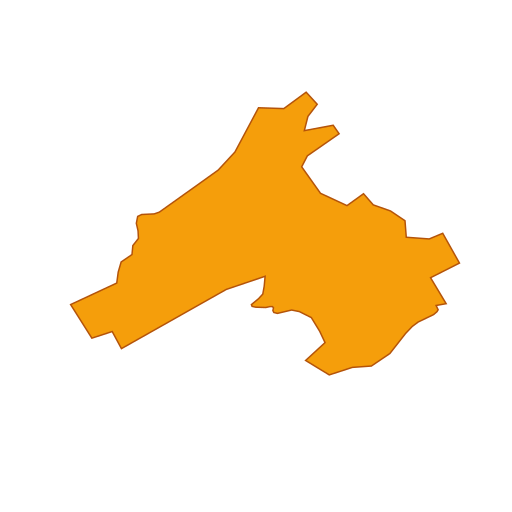 the Municipality of Vecumnieku, rotated 162°
{"feature_id": "LVA-5735", "entity_name": "Vecumnieku", "entity_type": "Municipality", "adm_level": 1, "iso_a3": "LVA", "parent_name": "Latvia", "parent_adm1": "", "projection": "robinson", "projection_center": [24.617, 56.512], "detail": "fine", "context": "isolated", "style": "filled", "palette": "amber", "viewbox_px": 512, "rotation_deg": 162, "n_neighbors": 0, "source": "natural_earth", "source_scale": "10m", "svg_char_len": 1053}
<svg xmlns="http://www.w3.org/2000/svg" viewBox="0 0 512 512"><g transform="rotate(162 256 256)"><path d="M369.9,304.0L362.4,309.0L360.4,316.4L359.7,324.1L356.3,330.2L351.9,330.8L339.8,327.5L334.4,327.6L285.2,343.1L265.4,349.4L243.9,361.4L207.8,396.2L184.0,387.6L157.7,396.3L150.9,381.4L163.5,372.7L171.3,360.3L142.2,356.5L139.2,346.6L176.2,335.4L185.0,326.7L175.3,295.7L153.9,275.8L134.5,282.0L128.7,268.4L114.1,257.2L103.4,243.5L107.3,227.4L86.0,218.7L71.4,219.9L64.7,186.4L96.7,181.4L89.9,151.9L100.0,153.3L99.4,148.6L101.1,147.1L105.2,145.4L122.2,143.1L129.2,140.7L137.7,136.1L158.8,121.9L180.3,115.7L198.8,120.3L223.1,120.3L241.1,141.3L217.1,152.3L218.7,164.8L222.4,180.3L231.9,189.7L238.8,193.6L253.4,194.8L256.5,196.8L256.8,198.9L255.4,201.3L256.0,202.8L258.5,203.6L262.6,204.0L272.1,207.4L275.3,209.3L275.4,211.2L266.8,214.6L261.3,217.7L257.6,224.6L253.6,233.9L294.6,233.4L412.6,209.5L416.1,228.6L437.5,228.6L447.3,267.1L396.8,273.3L392.0,283.3L386.1,292.0L373.5,295.7L369.9,304.0Z" fill="#f59e0b" stroke="#b45309" stroke-width="1.5"/></g></svg>